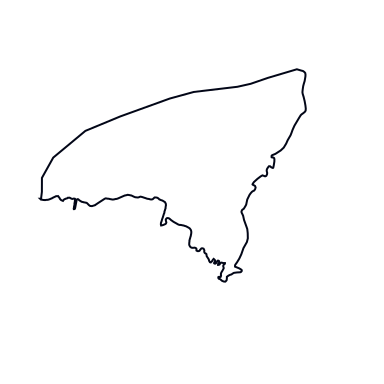 Cap Estate/Upper Saline Point, Saint Lucia (Mercator projection), rotated 161°
{"feature_id": "8701671B39792436227120", "entity_name": "Cap Estate/Upper Saline Point", "entity_type": "district", "adm_level": 2, "iso_a3": "LCA", "parent_name": "Saint Lucia", "parent_adm1": "", "projection": "mercator", "projection_center": [-60.944, 14.108], "detail": "fine", "context": "isolated", "style": "outline", "palette": "ink", "viewbox_px": 384, "rotation_deg": 161, "n_neighbors": 0, "source": "geoboundaries", "source_scale": "gbopen_adm2", "svg_char_len": 6042}
<svg xmlns="http://www.w3.org/2000/svg" viewBox="0 0 384 384"><g transform="rotate(161 192 192)"><path d="M337.8,235.1L337.2,233.9L336.2,233.5L335.6,233.1L335.1,232.8L334.2,232.5L333.7,232.2L333.1,232.1L332.3,232.0L331.5,231.7L330.8,231.6L330.3,231.5L329.8,231.5L329.2,231.5L328.7,231.5L327.8,231.6L327.2,231.6L326.6,231.6L326.0,231.8L325.5,231.9L324.8,231.9L324.4,232.0L323.8,232.1L323.2,232.1L322.7,232.2L322.2,232.3L321.5,232.2L321.0,232.0L320.5,231.8L320.0,231.8L319.8,231.3L319.6,230.6L319.3,229.9L319.2,229.3L319.1,228.5L318.7,227.6L318.4,227.0L317.7,226.3L316.9,225.6L316.1,226.2L315.6,226.5L314.8,226.7L313.9,226.7L313.4,226.8L312.5,226.7L311.9,226.7L311.1,227.0L310.3,226.6L309.6,226.5L309.1,226.0L308.7,225.5L308.1,224.9L307.4,224.4L306.8,224.3L306.2,224.3L305.7,224.2L304.9,223.7L305.2,222.7L305.6,221.8L305.9,221.1L306.1,220.7L306.6,219.9L306.9,219.3L307.2,218.4L307.4,217.9L307.8,217.4L308.3,216.6L308.5,216.1L308.9,215.3L309.2,214.9L309.3,214.3L308.7,214.1L308.2,214.3L307.8,214.8L307.5,215.3L304.3,220.9L303.9,221.6L303.7,222.0L303.1,222.5L302.6,222.5L302.1,222.3L301.8,221.9L301.2,220.8L300.9,220.4L300.6,220.0L300.1,219.5L299.7,218.8L299.3,218.6L298.9,218.3L298.2,217.9L297.4,217.3L296.7,217.0L296.0,216.5L295.2,216.1L294.7,215.3L294.4,214.6L294.0,213.8L293.8,213.3L293.4,212.7L293.1,212.3L292.8,211.9L292.0,211.6L291.4,211.3L291.0,211.2L289.6,211.2L288.9,211.1L288.5,211.2L287.8,211.1L287.3,211.4L286.6,211.5L285.3,211.9L276.9,214.0L275.8,214.1L274.9,213.7L274.3,213.3L273.3,212.9L272.7,212.6L271.7,211.9L270.9,211.5L270.1,211.0L269.5,210.7L268.7,210.5L268.2,210.4L267.3,210.3L266.8,210.3L266.2,210.2L265.5,210.0L264.4,210.0L263.9,210.0L262.9,210.1L256.6,210.6L255.9,210.4L255.3,210.4L254.5,210.3L253.8,210.3L253.0,209.9L252.5,209.6L251.7,209.2L251.2,208.8L250.5,208.5L250.1,208.1L249.7,207.7L249.2,207.2L248.8,206.8L248.4,206.4L247.9,206.0L247.5,205.6L247.1,205.4L246.2,205.0L245.6,204.7L244.7,204.4L244.0,204.3L243.3,204.4L242.8,204.4L242.0,204.3L241.6,204.0L240.8,203.5L240.4,203.2L240.0,202.9L239.5,202.5L239.1,202.2L238.7,201.9L238.3,201.6L237.9,201.3L237.4,200.9L236.8,200.4L235.8,199.8L235.3,199.6L234.8,199.3L234.0,198.7L233.2,198.3L232.6,198.1L232.0,198.0L231.5,198.0L231.0,198.2L230.3,198.5L229.7,198.8L229.2,199.0L228.6,198.8L227.9,198.6L227.4,198.3L226.6,197.8L226.3,197.4L225.9,196.9L225.6,196.3L225.2,195.5L224.7,195.2L224.4,194.8L223.9,194.4L223.5,194.1L223.1,193.8L222.7,193.5L222.3,193.0L221.9,192.5L221.4,191.9L221.1,191.5L220.8,191.1L220.7,190.2L220.6,189.2L220.8,188.6L220.9,188.0L221.3,187.4L221.6,186.8L221.9,186.2L222.2,185.6L222.4,185.0L222.9,184.5L223.2,184.1L223.5,183.6L224.0,183.0L224.5,182.3L224.9,181.3L225.6,180.6L227.8,177.6L229.1,176.0L230.2,174.4L231.4,172.9L232.0,171.5L232.1,170.4L231.5,170.3L230.6,170.2L229.6,170.2L228.5,170.3L227.4,170.4L226.8,170.8L226.2,171.5L226.1,172.5L226.0,173.4L225.9,174.2L225.6,174.6L225.1,175.1L224.4,175.4L223.8,175.4L222.6,174.8L222.2,174.4L221.8,173.8L221.5,173.3L221.0,172.4L220.7,171.9L220.0,171.0L219.4,170.1L218.9,169.5L218.3,168.8L217.8,168.3L217.3,167.7L216.7,167.1L216.3,166.5L215.9,166.1L215.5,165.7L214.9,165.2L214.4,164.9L214.0,164.7L213.5,164.6L213.0,164.3L212.6,164.1L211.9,163.6L211.4,163.4L211.0,163.1L210.6,162.9L209.8,162.2L209.0,161.7L208.1,160.8L207.1,159.7L206.6,159.1L206.1,158.5L205.8,157.8L205.6,157.0L205.4,156.1L205.6,154.6L205.9,153.8L206.5,152.5L207.0,151.8L207.3,151.1L207.8,150.4L208.3,149.8L208.7,149.1L209.2,148.5L209.7,147.7L210.2,147.0L210.5,146.1L210.8,145.5L211.1,144.9L211.5,143.9L211.8,143.0L211.8,142.3L211.6,141.0L211.1,140.1L210.7,139.6L210.0,139.2L208.9,138.8L208.0,138.6L207.4,138.4L206.4,137.4L206.3,136.9L206.4,136.3L206.8,135.6L206.8,135.1L206.0,134.3L205.2,134.0L204.5,133.9L203.8,134.1L203.3,134.6L202.2,135.2L201.4,135.6L200.3,135.3L199.5,134.6L199.3,132.9L199.9,131.5L199.9,130.7L199.6,129.9L198.9,129.2L198.6,128.6L198.8,127.6L199.0,126.5L198.7,125.3L198.3,123.8L198.1,122.8L198.2,121.3L197.9,119.8L197.2,119.3L195.5,120.1L194.4,121.1L193.3,121.7L192.9,121.0L192.4,119.8L192.8,119.0L193.6,118.4L194.3,117.6L194.1,117.1L193.5,116.7L192.6,116.8L190.9,118.1L190.1,118.7L189.4,118.5L188.9,117.8L189.0,117.1L189.4,116.4L190.7,115.5L191.1,114.6L190.5,114.4L189.6,114.5L188.5,115.3L188.0,115.6L187.3,115.7L186.7,115.4L185.7,114.7L184.0,114.1L184.2,113.5L185.2,113.2L186.3,112.4L186.7,111.4L186.7,110.2L186.9,109.5L188.8,107.7L190.5,106.3L191.4,105.1L191.7,103.6L192.4,102.5L193.1,102.4L193.9,103.0L194.7,103.0L195.1,102.3L194.9,101.3L193.7,100.3L192.4,98.1L190.8,96.8L189.6,96.4L188.1,97.2L187.5,98.2L187.0,99.4L186.6,100.5L184.6,101.1L182.7,101.3L181.5,101.2L180.3,101.6L178.7,101.9L175.7,101.3L173.6,100.7L172.5,100.4L171.6,100.5L170.7,101.1L170.4,101.9L171.0,103.0L172.3,104.5L175.6,107.4L175.4,108.2L174.8,109.1L172.4,110.8L169.0,113.6L165.7,117.0L161.6,122.2L156.4,126.8L154.3,130.0L152.7,135.0L151.8,139.0L151.8,141.4L151.9,148.6L151.4,152.9L151.6,154.9L151.8,156.5L151.5,157.6L150.3,158.8L148.5,159.3L146.3,161.1L144.9,162.4L142.2,166.9L140.0,169.1L138.5,170.6L136.8,171.8L135.2,172.7L133.5,173.1L132.8,173.1L131.5,174.0L130.4,175.5L130.4,177.1L131.0,178.0L131.7,178.5L132.3,179.4L131.9,180.0L130.1,181.3L125.9,183.1L122.0,184.4L120.0,184.8L118.7,183.8L117.8,183.0L116.5,183.1L115.3,184.3L114.7,185.5L114.5,187.7L113.8,189.1L112.3,190.4L110.8,191.3L109.8,190.9L108.9,189.4L107.7,188.4L107.2,188.6L105.9,190.8L104.2,194.0L103.4,196.2L103.3,197.3L104.0,198.2L104.9,198.5L105.4,198.9L105.1,200.1L104.7,200.5L104.2,200.7L100.7,200.9L94.6,202.4L90.8,204.1L87.1,207.2L84.8,209.7L83.2,211.1L80.3,213.6L78.6,215.6L76.6,218.1L73.5,221.4L66.8,227.1L64.2,229.2L63.2,229.7L61.2,230.3L59.3,231.0L58.1,231.9L57.3,233.7L56.6,236.8L55.9,241.3L55.5,245.6L55.4,248.7L55.1,250.4L53.9,253.0L52.4,255.9L51.0,258.0L49.4,260.2L48.3,262.2L47.2,264.2L46.5,265.9L46.2,267.6L46.7,268.9L47.7,270.3L49.1,271.2L52.9,273.9L83.2,275.2L101.3,275.2L114.8,276.7L129.1,279.8L157.7,286.0L182.6,287.6L235.3,286.8L272.9,284.5L312.0,269.7L329.3,254.2L333.9,241.0L336.9,234.8L337.8,235.1Z" fill="none" stroke="#020617" stroke-width="2"/></g></svg>